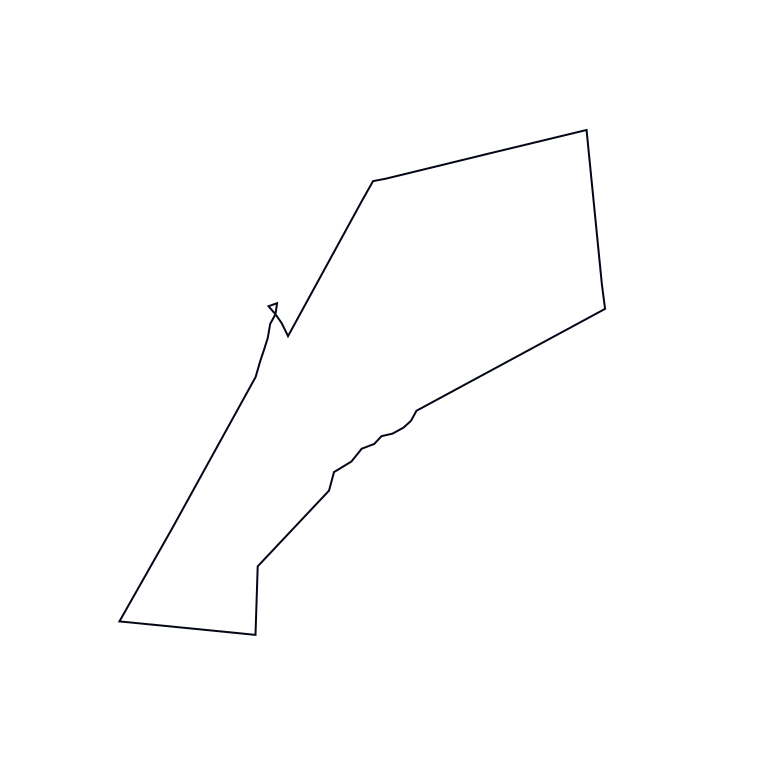 outline of Paulo Jacinto, Alagoas, Brazil, rotated 195°
{"feature_id": "56859067B5529182098966", "entity_name": "Paulo Jacinto", "entity_type": "district", "adm_level": 2, "iso_a3": "BRA", "parent_name": "Brazil", "parent_adm1": "Alagoas", "projection": "equal_earth", "projection_center": [-36.395, -9.37], "detail": "fine", "context": "isolated", "style": "outline", "palette": "ink", "viewbox_px": 768, "rotation_deg": 195, "n_neighbors": 0, "source": "geoboundaries", "source_scale": "gbopen_adm2", "svg_char_len": 574}
<svg xmlns="http://www.w3.org/2000/svg" viewBox="0 0 768 768"><g transform="rotate(195 384 384)"><path d="M447.1,577.1L452.8,554.9L489.1,405.4L498.6,416.3L506.9,423.3L509.5,412.6L508.2,398.4L508.7,386.6L509.5,373.8L509.8,357.6L551.0,190.7L578.1,86.2L443.2,108.4L458.8,175.2L409.5,266.8L409.5,286.0L395.4,300.7L388.8,315.7L377.9,323.6L372.9,333.0L363.0,338.2L353.9,346.9L348.4,355.4L345.7,366.6L189.9,513.8L199.2,536.3L254.1,681.8L340.6,634.7L435.4,582.8L447.1,577.1ZM506.9,423.3L508.2,434.4L515.7,429.2L506.9,423.3Z" fill="none" stroke="#020617" stroke-width="2"/></g></svg>